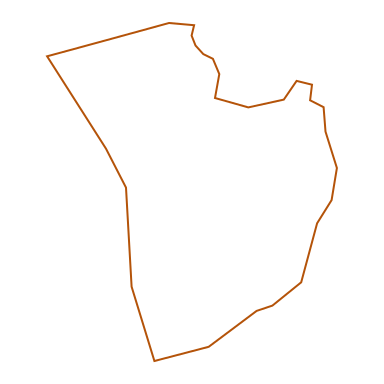 the Metropolitan City of Daejeon
{"feature_id": "KOR-2503", "entity_name": "Daejeon", "entity_type": "Metropolitan City", "adm_level": 1, "iso_a3": "KOR", "parent_name": "South Korea", "parent_adm1": "", "projection": "natural_earth1", "projection_center": [127.381, 36.357], "detail": "fine", "context": "isolated", "style": "outline", "palette": "amber", "viewbox_px": 384, "rotation_deg": 0, "n_neighbors": 0, "source": "natural_earth", "source_scale": "10m", "svg_char_len": 460}
<svg xmlns="http://www.w3.org/2000/svg" viewBox="0 0 384 384"><path d="M154.4,361.0L131.6,286.7L126.0,187.6L106.0,148.7L47.1,56.3L97.5,42.6L169.0,23.0L194.1,25.2L191.6,35.6L195.5,45.5L203.3,54.1L212.9,58.8L219.3,74.1L215.0,98.0L248.3,107.4L283.8,99.6L296.6,80.9L312.0,84.7L310.1,100.3L323.6,107.2L325.5,131.6L336.9,168.0L331.6,200.1L317.1,223.3L301.2,282.3L272.4,305.6L256.6,310.9L208.7,346.8L154.4,361.0Z" fill="none" stroke="#b45309" stroke-width="2"/></svg>